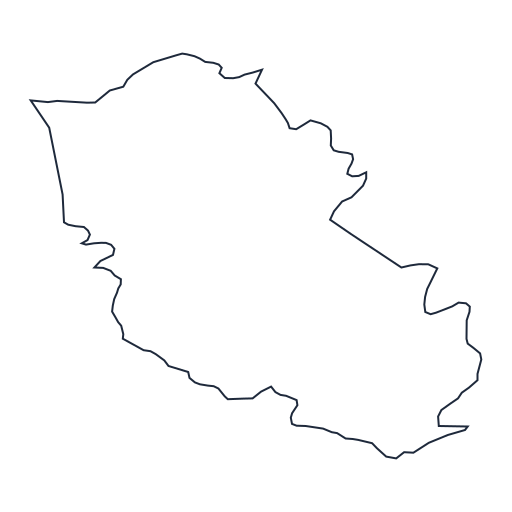 São Mamede, Paraíba, Brazil
{"feature_id": "56859067B24590178587269", "entity_name": "São Mamede", "entity_type": "district", "adm_level": 2, "iso_a3": "BRA", "parent_name": "Brazil", "parent_adm1": "Paraíba", "projection": "mercator", "projection_center": [-37.075, -6.928], "detail": "fine", "context": "isolated", "style": "outline", "palette": "slate", "viewbox_px": 512, "rotation_deg": 0, "n_neighbors": 0, "source": "geoboundaries", "source_scale": "gbopen_adm2", "svg_char_len": 2137}
<svg xmlns="http://www.w3.org/2000/svg" viewBox="0 0 512 512"><path d="M30.7,100.4L49.2,127.7L62.6,194.5L64.0,222.3L68.2,224.7L75.5,226.2L83.9,227.0L88.0,230.6L89.9,234.6L87.5,240.1L81.8,243.3L86.0,244.6L94.0,243.3L101.1,242.8L106.0,242.9L111.1,244.8L114.4,248.8L113.0,254.9L100.4,261.0L94.4,267.5L103.2,267.9L110.7,270.8L114.7,275.5L120.9,279.2L120.7,284.4L118.3,288.4L117.0,292.7L114.2,299.1L112.8,305.6L112.1,311.6L115.5,317.4L118.2,322.2L121.2,325.7L123.3,334.2L122.8,338.7L143.6,350.2L150.5,351.2L155.7,354.1L164.3,360.4L168.5,366.0L188.2,372.0L189.5,377.9L194.9,382.4L199.9,384.3L207.9,385.6L213.7,386.2L218.4,388.5L224.7,396.3L227.8,399.2L243.7,398.6L252.6,398.4L261.1,391.6L271.1,386.6L275.4,392.1L280.5,394.9L286.1,395.8L296.6,400.1L297.4,405.2L292.1,413.2L290.8,417.7L292.0,423.9L296.6,425.7L305.7,426.0L323.1,428.6L331.8,432.2L337.1,433.1L345.6,438.5L352.7,439.0L358.2,439.9L372.1,443.2L377.0,448.3L386.2,456.6L396.2,458.4L404.1,452.2L413.4,452.7L428.8,442.8L447.8,435.0L465.0,430.0L467.7,426.5L438.8,426.0L438.1,416.5L441.4,410.0L450.8,403.3L458.0,398.4L461.8,392.7L469.0,387.6L477.5,380.2L477.5,373.9L481.3,359.5L480.1,353.4L473.7,348.1L467.7,343.6L466.5,338.9L466.7,320.3L469.5,311.8L469.8,306.6L466.0,303.3L458.6,302.6L452.2,306.4L436.0,312.7L430.6,314.2L425.3,312.0L424.3,304.5L425.1,296.9L427.2,288.9L429.7,283.9L434.4,274.3L437.3,268.4L428.3,264.3L418.9,264.2L410.5,265.4L401.4,267.5L351.2,234.2L330.1,219.7L334.0,211.3L342.1,201.5L351.5,197.3L363.0,185.7L366.2,178.6L366.2,172.3L358.7,175.9L352.2,176.3L347.3,173.8L348.6,168.7L351.5,163.6L353.1,159.2L352.1,154.4L347.7,153.0L338.6,151.8L333.7,150.3L330.8,145.5L331.1,138.6L330.7,130.4L327.4,126.8L320.8,123.3L310.5,120.4L304.1,124.4L296.2,129.2L289.6,128.2L287.9,123.0L285.7,119.3L281.6,113.1L274.2,103.2L255.5,83.6L262.0,69.7L252.6,72.6L244.6,74.6L239.2,77.1L233.2,78.2L224.8,78.0L219.4,73.2L221.7,67.8L218.7,64.5L213.3,62.8L205.2,61.9L199.9,58.6L194.5,56.2L186.8,54.3L182.2,53.6L176.2,55.3L153.3,62.2L133.0,74.4L127.3,79.8L123.3,86.7L109.8,90.5L95.2,102.5L87.2,102.7L61.9,101.2L57.2,100.9L47.9,102.1L30.7,100.4Z" fill="none" stroke="#1e293b" stroke-width="2"/></svg>